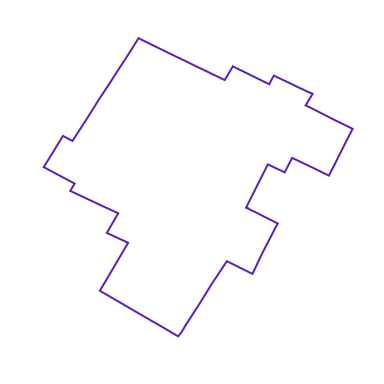 Reviga, Ialomita, Romania (Robinson projection), rotated 8°
{"feature_id": "2599482B66031816974747", "entity_name": "Reviga", "entity_type": "district", "adm_level": 2, "iso_a3": "ROU", "parent_name": "Romania", "parent_adm1": "Ialomita", "projection": "robinson", "projection_center": [27.13, 44.687], "detail": "fine", "context": "isolated", "style": "outline", "palette": "violet", "viewbox_px": 384, "rotation_deg": 8, "n_neighbors": 0, "source": "geoboundaries", "source_scale": "gbopen_adm2", "svg_char_len": 2398}
<svg xmlns="http://www.w3.org/2000/svg" viewBox="0 0 384 384"><g transform="rotate(8 192 192)"><path d="M200.5,333.5L201.5,331.3L204.2,324.9L205.7,321.7L212.1,307.8L213.4,305.2L213.8,304.3L216.5,298.2L218.0,294.7L221.0,288.1L221.5,286.7L222.9,283.7L224.2,280.5L225.3,278.3L226.7,275.3L228.3,272.2L229.6,269.5L230.6,267.3L231.9,264.6L236.2,255.7L263.3,264.7L269.1,246.0L271.5,238.8L278.7,218.4L278.8,217.8L281.3,211.2L279.9,210.8L277.3,209.9L270.5,207.6L264.2,205.5L262.4,204.8L257.7,203.2L252.9,201.7L250.0,200.7L249.3,200.0L248.7,199.8L248.5,200.3L248.3,200.3L247.7,200.1L252.6,185.6L257.8,170.1L263.3,154.1L281.1,159.7L282.1,156.6L286.4,144.3L303.3,149.6L305.4,150.3L307.2,150.8L318.7,154.6L325.4,156.7L325.5,156.2L326.6,153.0L328.4,147.7L328.8,146.7L329.7,144.1L329.8,143.7L332.7,134.9L334.1,131.0L334.1,130.9L338.4,118.2L342.3,107.1L333.8,104.3L332.5,103.9L323.6,101.0L298.0,92.2L292.5,90.4L292.8,89.8L294.4,85.9L297.8,78.0L296.2,77.5L295.1,77.2L295.1,77.3L291.0,76.1L289.4,75.6L287.9,75.1L286.3,74.6L285.9,74.5L285.5,74.4L285.1,74.3L282.0,73.3L278.2,72.1L274.2,70.8L273.3,70.5L262.0,67.0L259.0,66.0L258.4,65.8L256.9,65.3L255.1,69.9L254.5,71.5L253.5,74.5L253.4,74.4L250.8,73.6L250.6,73.6L237.8,69.4L232.1,67.5L215.1,62.0L215.0,61.9L208.8,76.6L208.5,76.5L208.2,76.4L207.5,76.2L206.4,75.8L205.7,75.6L205.0,75.4L202.0,74.4L197.5,73.0L194.6,72.1L191.1,70.9L180.6,67.6L178.8,67.1L178.7,67.0L176.5,66.3L174.4,65.6L169.5,64.0L167.0,63.1L164.7,62.4L162.3,61.6L160.6,61.1L159.0,60.6L158.6,60.5L156.6,59.9L152.4,58.5L149.8,57.7L147.1,56.8L142.9,55.4L139.7,54.4L119.8,47.9L119.6,47.8L117.6,47.1L110.8,62.5L102.8,79.6L102.6,79.9L95.6,95.2L95.5,95.5L87.6,112.0L85.5,116.6L82.3,123.9L77.1,135.4L74.5,141.0L74.4,141.1L73.5,142.9L72.8,144.7L72.3,145.7L71.8,146.7L69.0,152.8L68.9,153.0L67.7,155.6L66.5,158.1L56.4,154.4L47.7,174.5L41.7,188.0L51.5,191.6L68.8,197.9L74.6,200.0L71.3,207.8L71.5,207.9L103.1,217.7L108.1,219.2L121.9,223.3L113.4,244.4L135.8,251.2L129.1,267.5L114.7,302.2L114.5,302.6L114.8,302.8L115.3,303.0L118.3,304.2L122.1,305.7L124.1,306.5L126.1,307.4L127.6,308.0L128.9,308.5L129.5,308.7L131.6,309.6L133.8,310.5L136.5,311.6L138.6,312.4L140.4,313.2L143.4,314.4L145.8,315.4L148.6,316.5L151.9,317.9L155.6,319.4L162.0,322.0L164.8,323.1L165.8,323.5L169.8,325.2L171.9,326.0L173.6,326.7L176.1,327.7L177.5,328.3L177.5,328.2L198.4,336.9L200.5,333.5Z" fill="none" stroke="#5b21b6" stroke-width="2"/></g></svg>